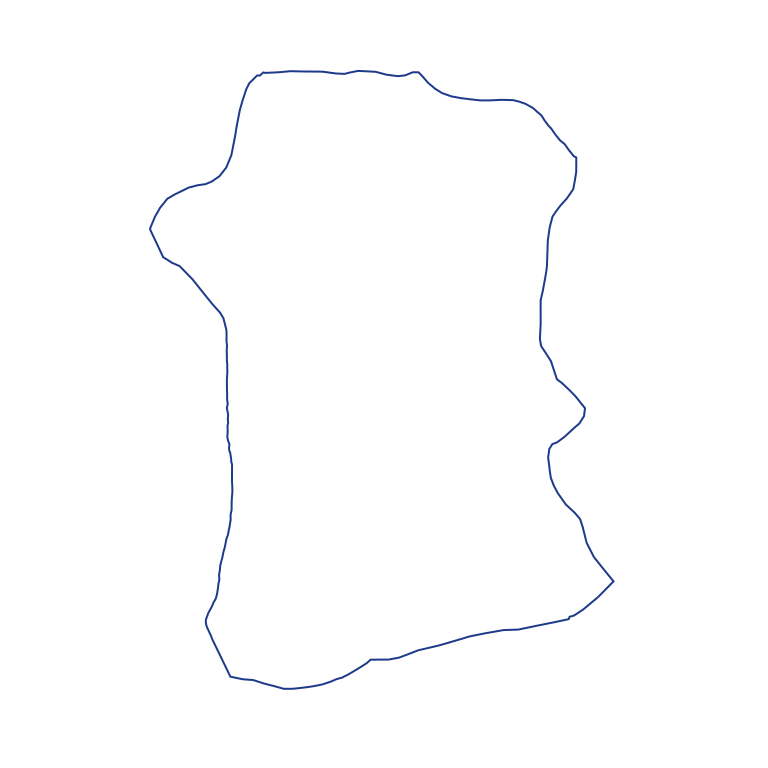 outline of Bambey, Diourbel, Senegal, rotated 186°
{"feature_id": "50182788B75300917140294", "entity_name": "Bambey", "entity_type": "district", "adm_level": 2, "iso_a3": "SEN", "parent_name": "Senegal", "parent_adm1": "Diourbel", "projection": "natural_earth1", "projection_center": [-16.464, 14.81], "detail": "fine", "context": "isolated", "style": "outline", "palette": "blue", "viewbox_px": 768, "rotation_deg": 186, "n_neighbors": 0, "source": "geoboundaries", "source_scale": "gbopen_adm2", "svg_char_len": 3265}
<svg xmlns="http://www.w3.org/2000/svg" viewBox="0 0 768 768"><g transform="rotate(186 384 384)"><path d="M506.2,76.9L499.7,76.2L493.4,75.6L483.2,75.9L471.6,73.5L461.9,72.1L451.9,70.4L443.5,71.3L443.2,71.3L436.5,72.7L429.0,74.4L422.4,76.1L413.8,78.8L405.9,82.4L400.4,85.5L398.4,86.3L395.2,87.5L393.4,88.7L389.3,91.3L381.1,97.4L372.2,104.4L368.5,108.4L361.8,109.2L350.7,110.4L340.3,113.5L325.3,121.1L322.0,122.8L302.1,129.7L289.8,134.7L279.1,139.1L272.8,141.8L257.5,146.6L239.2,151.8L224.8,153.8L204.4,160.3L189.0,165.1L176.2,169.3L175.6,169.7L175.3,171.1L175.1,171.9L170.8,173.6L162.5,180.4L148.9,194.4L135.1,211.7L147.7,224.2L157.2,233.9L165.9,247.3L171.4,262.4L174.8,270.1L180.9,275.9L190.6,283.2L199.8,293.7L204.7,301.0L208.3,308.2L210.2,315.5L211.1,320.0L213.1,328.1L213.0,330.0L212.8,336.7L210.3,341.8L205.7,344.1L198.8,350.5L190.4,360.1L185.6,365.1L181.7,373.0L181.6,381.0L185.6,385.0L192.4,391.9L198.3,396.8L207.5,403.8L212.5,406.7L220.3,424.1L224.5,429.4L231.8,438.3L233.7,445.4L233.7,446.0L234.5,460.5L236.2,476.2L236.9,483.2L237.0,483.6L236.7,485.9L235.8,493.2L234.8,506.2L234.3,514.0L234.3,518.7L236.1,544.2L236.0,545.7L235.6,557.0L233.9,568.2L230.5,574.4L227.2,579.9L221.5,587.7L216.2,597.4L215.5,605.7L215.0,615.1L216.4,629.0L216.5,629.4L219.1,630.4L222.2,633.6L224.7,636.0L229.2,641.3L234.4,644.7L240.4,650.8L244.1,655.2L247.6,658.3L251.7,662.7L255.7,667.8L259.4,670.2L264.6,674.0L272.5,677.4L279.3,679.0L285.2,679.8L296.8,678.9L309.2,677.0L317.9,676.1L329.7,676.2L334.2,676.3L336.7,676.3L347.1,677.1L348.7,677.5L356.7,679.4L363.9,682.9L371.6,688.1L377.9,694.0L382.2,697.6L388.1,697.0L395.2,693.2L402.2,691.6L414.0,691.9L424.9,693.6L435.3,693.1L442.3,692.7L447.6,691.1L450.5,690.2L455.6,688.3L464.4,687.8L477.8,688.2L490.5,687.0L496.6,686.4L510.0,685.3L518.2,683.6L524.6,682.5L534.5,681.0L536.6,681.2L539.7,677.8L542.4,677.6L549.3,669.2L551.8,662.8L554.4,650.6L556.0,641.4L557.5,624.4L558.0,614.7L559.7,595.7L563.5,582.8L569.4,573.4L576.7,567.2L582.4,564.1L590.1,562.2L598.8,558.9L612.0,550.6L618.9,545.5L625.2,535.7L626.3,533.1L629.2,526.6L632.9,514.2L632.5,512.8L617.8,488.6L617.3,487.8L617.1,487.3L617.1,487.2L607.3,482.3L599.6,479.9L585.5,468.2L572.9,455.4L562.8,445.3L554.3,437.6L550.5,432.5L546.4,421.3L546.4,421.2L545.8,417.4L545.3,412.2L545.0,409.5L544.1,405.6L543.9,400.4L543.3,396.5L542.7,390.9L541.8,386.6L541.7,384.1L541.1,380.4L540.9,376.8L540.7,372.0L540.2,367.3L539.7,362.8L539.4,360.5L539.2,359.5L538.8,356.7L538.5,352.7L537.3,347.7L537.8,343.8L535.8,337.3L535.7,332.8L534.9,328.8L535.3,326.3L534.5,320.6L534.3,314.9L532.9,310.7L531.5,308.3L531.4,303.7L530.8,301.2L529.9,300.0L528.3,293.9L527.7,290.6L526.7,288.0L526.1,282.3L525.6,277.2L525.3,274.2L524.9,270.6L524.1,265.8L523.5,260.9L523.4,256.4L523.4,254.7L523.0,248.6L522.4,243.0L522.9,237.4L522.3,233.0L522.3,232.7L522.4,231.7L522.7,225.7L523.1,221.9L523.5,217.3L524.6,213.2L524.9,208.9L525.2,205.7L525.5,203.5L525.6,203.3L526.2,199.5L526.6,194.9L527.3,190.5L527.9,186.0L527.8,181.3L528.1,176.6L527.3,172.4L527.8,167.6L527.8,163.5L528.1,157.4L528.9,152.9L530.8,148.6L531.8,145.1L533.1,141.8L534.8,137.9L535.5,134.9L536.4,131.7L536.4,128.9L535.7,126.0L534.4,123.2L533.0,120.9L531.4,118.2L529.7,115.4L528.4,112.7L506.2,76.9Z" fill="none" stroke="#1e3a8a" stroke-width="2"/></g></svg>